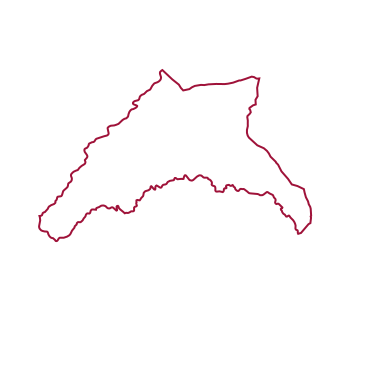 Sanarate, El Progreso, Guatemala, rotated 312°
{"feature_id": "79465075B63820217074048", "entity_name": "Sanarate", "entity_type": "district", "adm_level": 2, "iso_a3": "GTM", "parent_name": "Guatemala", "parent_adm1": "El Progreso", "projection": "robinson", "projection_center": [-90.277, 14.777], "detail": "fine", "context": "isolated", "style": "outline", "palette": "rose", "viewbox_px": 384, "rotation_deg": 312, "n_neighbors": 0, "source": "geoboundaries", "source_scale": "gbopen_adm2", "svg_char_len": 5956}
<svg xmlns="http://www.w3.org/2000/svg" viewBox="0 0 384 384"><g transform="rotate(312 192 192)"><path d="M64.4,123.4L64.8,124.1L65.5,124.5L66.2,124.5L68.2,124.1L69.2,124.2L69.6,124.4L72.2,127.3L75.2,129.0L77.8,129.8L79.6,129.7L83.0,128.7L86.8,128.5L88.1,127.8L90.6,128.0L91.8,127.3L92.5,127.3L93.2,127.4L93.6,127.7L94.6,129.0L95.1,129.4L96.6,129.6L97.8,129.7L99.9,129.2L101.7,129.2L102.6,129.1L104.1,128.4L104.8,128.3L105.5,128.3L106.1,128.6L107.4,130.2L107.9,130.3L108.5,130.2L110.2,129.3L111.3,129.2L111.9,129.3L112.8,130.1L114.6,132.5L115.8,131.8L116.5,131.9L118.6,133.0L121.0,133.7L121.7,134.2L122.7,135.2L123.2,136.1L123.6,137.3L123.5,139.5L123.6,140.2L123.8,140.7L124.7,141.8L126.5,142.4L127.1,142.8L127.4,143.2L127.6,143.9L127.6,148.2L128.2,148.5L128.8,148.0L130.3,146.0L130.8,145.7L131.5,145.7L132.1,146.2L132.1,146.8L131.8,147.4L131.4,147.9L131.1,148.9L131.0,150.3L131.2,154.0L131.2,156.3L132.4,156.9L133.2,158.0L133.8,158.6L135.0,159.2L136.6,159.6L137.0,159.8L138.2,161.1L138.7,161.4L139.4,161.4L141.7,159.4L142.7,159.4L144.1,160.2L144.8,160.2L145.1,160.0L146.0,158.4L146.6,157.9L147.1,157.8L148.0,156.8L148.6,156.3L149.0,156.4L149.6,156.8L150.3,158.0L150.8,158.7L151.5,158.7L153.4,158.3L156.0,158.4L156.7,158.2L159.1,156.7L159.6,156.7L160.8,156.7L161.4,156.8L164.2,158.5L165.8,158.8L166.3,158.8L167.2,158.5L167.9,157.9L168.5,157.7L169.0,157.8L169.1,158.5L168.6,161.9L168.7,162.4L169.0,162.9L169.7,162.8L171.1,161.5L171.6,161.3L172.3,161.1L173.1,161.3L173.4,162.3L173.9,165.2L174.2,165.8L174.9,166.2L176.9,165.7L178.0,165.8L178.5,166.1L179.9,167.2L180.6,167.5L181.2,167.6L182.7,167.3L183.3,167.3L185.5,168.1L188.4,170.4L188.9,170.5L189.6,170.3L190.1,170.0L190.9,169.9L191.5,170.5L191.6,171.9L191.8,172.7L193.9,174.6L194.8,175.5L195.6,176.6L196.1,176.9L197.5,176.1L198.9,175.6L199.5,175.5L200.1,176.0L200.2,176.6L199.3,181.8L199.4,182.5L200.1,183.9L200.6,184.4L201.8,184.9L206.8,185.4L208.9,186.1L209.5,186.5L210.3,187.6L210.5,188.3L210.5,190.6L210.8,191.5L212.5,193.3L212.9,194.0L212.8,194.7L212.5,195.4L213.0,196.8L213.1,197.9L212.8,199.5L212.6,200.0L212.2,200.6L211.8,201.0L210.8,201.5L210.5,202.1L210.5,202.9L211.2,204.4L211.4,205.3L211.2,205.9L210.5,206.8L208.7,208.4L208.5,208.9L208.5,209.6L208.9,210.2L210.9,212.0L212.5,214.9L213.3,215.0L214.1,214.8L215.5,213.8L216.1,213.7L216.6,213.8L217.3,214.7L217.9,214.9L218.4,214.5L218.8,213.6L219.3,213.3L219.9,213.2L220.5,213.5L221.0,213.9L221.5,214.2L222.0,214.7L222.2,216.0L222.5,216.7L223.0,217.1L224.2,217.4L224.4,218.2L223.8,219.2L224.0,220.7L223.7,221.5L223.2,222.1L223.0,223.0L223.1,224.7L223.4,225.3L223.9,225.8L224.6,225.9L226.2,225.8L226.6,225.9L227.1,226.3L227.8,227.4L228.7,228.3L229.0,229.0L229.3,232.7L229.3,234.7L229.4,235.2L229.9,236.1L234.4,242.1L234.9,243.2L235.0,244.1L235.2,244.8L236.3,246.0L236.9,246.5L238.1,246.9L241.9,247.6L242.4,248.1L242.6,248.7L242.8,250.5L243.7,253.5L243.8,254.4L242.8,256.5L242.6,258.6L242.4,259.0L241.9,259.6L239.9,260.7L239.4,261.6L239.4,262.3L239.7,263.0L240.8,263.6L241.1,264.1L241.2,264.8L241.0,269.5L240.3,269.8L239.4,269.3L238.8,269.4L238.3,270.1L238.2,271.2L237.4,272.6L237.1,273.8L237.0,274.7L237.3,276.0L236.8,278.4L237.2,279.0L239.1,279.6L239.4,280.0L239.3,280.8L238.9,282.3L238.7,286.1L238.1,288.3L237.3,290.0L236.4,291.4L234.1,293.3L233.7,294.0L233.6,294.6L233.9,295.4L234.1,296.0L233.8,296.7L232.4,298.0L232.0,298.9L234.5,300.4L246.1,300.1L248.1,300.8L252.5,297.7L253.3,296.5L254.0,296.5L259.0,291.4L260.1,289.7L261.0,287.0L262.7,284.5L264.3,280.2L266.9,276.1L269.0,273.2L267.0,266.4L264.4,261.1L266.0,254.6L267.2,244.7L269.9,237.7L270.1,234.7L270.5,234.1L270.8,226.7L272.1,223.3L272.7,220.2L272.6,216.1L270.4,209.3L270.5,197.9L271.2,195.6L272.7,193.3L274.9,191.3L278.3,189.4L280.0,187.8L282.5,185.6L284.6,183.0L285.6,182.4L289.0,182.6L290.6,182.3L291.9,180.3L292.1,179.0L293.0,178.5L297.3,179.4L299.7,180.8L303.0,177.5L307.1,176.7L313.0,170.7L321.4,166.0L320.0,164.8L319.4,163.9L318.9,161.2L317.7,159.2L311.9,156.1L307.3,153.4L306.4,152.4L300.8,149.4L296.6,146.3L294.1,144.1L288.5,137.7L283.0,132.2L279.7,129.6L277.6,127.0L272.7,123.1L269.8,121.9L266.7,121.2L261.6,117.5L261.9,114.1L263.0,110.4L262.5,102.0L262.8,88.4L261.9,88.1L260.4,88.0L259.8,88.0L259.4,88.2L258.4,89.1L256.6,92.2L255.3,93.1L254.4,93.4L253.3,93.5L251.7,93.3L250.3,92.8L247.7,91.4L247.1,91.3L244.3,91.4L241.0,92.2L239.9,92.3L236.8,91.0L233.0,90.8L232.2,90.5L230.9,89.8L229.8,89.5L228.4,89.4L227.9,89.5L225.6,90.6L224.6,90.6L224.1,90.5L221.4,88.7L220.6,88.4L219.4,88.3L218.9,88.4L218.2,89.0L218.1,89.8L218.3,90.6L219.2,92.8L219.3,93.6L218.8,94.0L217.6,94.0L216.7,93.8L214.4,92.9L213.0,91.9L211.9,91.7L210.9,91.7L209.5,91.9L207.5,92.7L205.4,93.9L204.8,94.0L203.4,93.9L202.9,93.9L201.1,92.8L199.0,92.2L193.5,91.8L191.4,90.8L189.5,89.7L186.9,87.3L185.3,86.6L184.1,86.4L183.6,86.4L183.1,86.5L182.7,86.9L181.5,88.5L179.9,90.7L179.5,91.0L178.8,91.3L177.7,91.2L176.9,90.9L174.5,89.3L167.7,85.4L166.7,85.2L164.4,85.6L163.3,85.4L161.9,84.3L159.2,83.2L158.5,83.3L157.4,84.0L156.1,84.3L154.7,84.4L152.8,83.6L152.1,83.5L151.6,83.7L151.1,84.0L150.4,84.9L150.0,85.6L149.3,88.8L149.0,89.6L148.6,90.3L147.8,90.8L147.3,90.9L146.5,91.0L144.1,91.0L143.8,91.3L143.1,92.6L142.5,93.1L141.5,93.5L140.2,93.3L137.5,92.5L135.0,92.2L133.8,92.2L132.6,92.4L131.8,92.4L130.7,91.7L128.2,90.6L126.7,90.3L124.6,90.3L123.6,90.7L122.9,91.5L121.9,93.4L121.2,94.1L120.0,94.8L119.0,95.0L118.4,95.0L115.9,94.4L115.3,94.5L113.8,95.5L112.6,96.1L111.0,96.1L107.8,95.7L106.4,95.7L103.1,97.3L102.1,97.6L101.5,97.6L100.8,97.2L99.8,96.3L98.6,95.4L97.9,95.4L96.3,96.3L95.5,96.6L93.8,96.6L92.7,97.6L92.3,97.7L90.7,97.5L87.9,96.1L86.5,95.8L85.8,95.5L84.4,95.6L83.0,96.1L78.7,96.1L77.4,95.4L76.4,95.2L74.6,96.0L73.8,95.9L73.0,95.5L72.1,94.7L71.3,96.0L69.3,98.2L64.2,101.3L63.3,102.3L62.8,103.3L62.6,105.1L62.6,105.7L63.0,106.9L64.0,108.8L65.5,110.7L65.6,111.3L65.5,111.9L64.5,113.5L64.1,114.5L63.7,116.0L63.7,117.6L63.9,118.3L64.7,119.7L64.7,122.3L64.4,123.4Z" fill="none" stroke="#9f1239" stroke-width="2"/></g></svg>